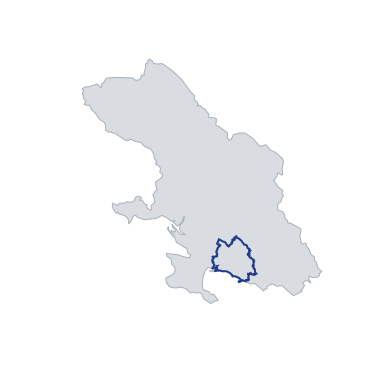 location of Zaporizhzhya within Ukraine, rotated 42°
{"feature_id": "UKR-331", "entity_name": "Zaporizhzhya", "entity_type": "Region", "adm_level": 1, "iso_a3": "UKR", "parent_name": "Ukraine", "parent_adm1": "", "projection": "equal_earth", "projection_center": [35.703, 47.193], "detail": "fine", "context": "in_parent", "style": "outline", "palette": "blue", "viewbox_px": 384, "rotation_deg": 42, "n_neighbors": 0, "source": "natural_earth", "source_scale": "10m", "svg_char_len": 8809}
<svg xmlns="http://www.w3.org/2000/svg" viewBox="0 0 384 384"><g transform="rotate(42 192 192)"><path d="M257.3,248.1L261.3,253.7L264.7,256.6L266.4,256.8L271.2,254.8L274.2,255.4L276.9,253.6L283.9,254.9L281.8,258.5L280.8,262.2L271.8,263.6L268.5,261.4L265.0,261.5L263.0,264.2L259.5,266.0L258.3,268.1L252.0,268.0L247.7,269.9L244.4,274.0L240.8,276.6L238.0,277.4L233.6,276.4L230.1,273.7L233.0,265.7L232.0,261.5L229.3,259.5L225.7,259.4L221.2,255.9L215.9,256.4L214.2,254.7L225.1,247.1L227.5,246.7L234.1,242.7L233.0,239.4L230.1,240.2L226.3,237.6L213.9,239.7L206.5,235.8L203.0,235.3L202.1,234.4L205.8,233.5L206.1,232.0L201.1,231.1L198.4,229.3L212.1,231.1L215.8,228.0L212.0,229.1L208.2,228.4L206.8,227.4L205.2,224.3L205.2,220.0L203.5,216.1L202.2,214.9L204.7,221.2L203.9,227.2L198.1,226.9L198.7,224.4L195.9,227.7L191.4,227.8L185.5,229.4L183.0,235.6L175.2,244.5L168.4,247.4L166.0,246.9L165.0,247.6L164.5,250.4L165.6,251.7L166.5,256.0L166.0,257.9L163.7,255.4L161.0,254.4L157.9,254.7L152.1,257.2L150.2,256.8L150.3,258.1L149.8,258.5L144.5,257.2L142.3,256.0L140.6,253.7L142.3,252.6L145.6,252.2L145.6,248.9L149.8,244.8L150.0,242.9L153.7,240.4L154.8,237.6L153.7,233.5L154.2,231.4L158.1,230.0L158.3,233.2L159.2,232.9L160.1,231.2L165.3,232.7L166.9,231.6L169.1,233.8L173.2,233.2L174.1,232.2L170.7,229.7L171.1,225.6L170.1,223.3L165.0,220.4L164.1,216.8L164.7,213.7L162.1,212.4L158.1,208.9L159.6,202.7L159.4,200.4L158.3,198.6L154.9,198.9L152.6,195.3L148.5,194.6L147.3,195.9L146.7,194.7L145.3,194.8L145.5,193.3L144.6,192.7L141.2,192.3L140.4,191.0L136.8,188.9L132.4,187.6L129.9,188.9L128.8,188.6L126.9,189.9L120.5,189.5L116.5,192.3L111.2,193.5L110.6,195.4L108.6,198.0L96.7,199.8L91.6,201.7L89.9,203.4L86.8,204.0L81.8,199.4L80.3,199.0L75.1,199.9L66.6,198.0L62.2,198.1L57.9,196.0L56.3,197.7L53.2,199.0L53.0,197.2L51.7,195.5L48.6,195.0L47.7,193.4L44.9,192.4L43.6,189.1L41.5,189.1L42.0,185.6L44.8,183.1L49.5,174.9L54.5,175.6L54.7,174.7L52.5,172.8L53.1,170.1L52.2,165.0L53.2,163.5L59.2,157.4L71.1,147.3L75.5,146.6L77.6,144.1L77.8,142.3L76.2,138.8L78.4,137.5L78.3,137.0L76.6,135.6L74.9,131.7L71.9,127.9L72.3,126.1L71.3,123.6L71.5,121.7L74.5,121.1L77.0,122.2L80.0,120.6L84.2,116.4L95.8,115.1L109.7,115.4L123.3,118.4L129.3,118.8L131.7,121.9L136.7,121.9L138.1,122.5L138.1,124.4L140.8,122.0L143.3,122.7L146.2,121.7L152.9,123.1L153.6,124.9L154.9,125.3L157.0,123.1L161.2,121.3L165.0,126.4L168.4,125.3L178.3,124.4L180.7,126.0L181.1,127.6L184.5,128.8L186.0,126.9L184.5,122.0L185.4,120.1L188.3,115.8L192.1,112.7L201.8,111.5L210.7,112.6L213.3,111.3L214.7,108.1L215.9,107.4L221.9,108.5L227.5,106.7L237.0,106.6L240.0,108.5L243.1,114.1L247.6,118.2L247.3,119.5L243.1,120.3L243.0,121.0L244.4,122.8L244.8,126.8L245.6,127.3L244.5,129.0L249.1,129.4L252.7,130.7L258.5,130.1L260.0,133.0L262.5,133.4L262.6,135.4L264.6,140.0L263.8,142.4L264.1,143.9L267.1,147.5L268.4,148.0L272.0,146.1L275.7,146.7L278.9,149.3L282.1,149.3L284.1,150.8L286.4,149.1L297.3,146.6L299.9,149.1L300.3,150.7L302.0,152.9L307.7,156.9L309.4,156.5L309.9,154.7L311.2,154.1L314.4,156.0L317.7,156.2L322.2,158.9L326.4,158.3L328.6,160.7L331.3,161.0L336.6,164.3L341.6,164.2L341.3,167.2L342.5,168.6L342.3,171.1L338.7,175.1L335.4,176.3L336.5,178.2L340.5,179.6L340.8,180.2L337.2,180.5L335.8,182.0L334.9,185.2L338.1,186.2L339.1,190.1L338.4,191.4L340.3,192.1L336.8,201.2L321.4,201.4L318.4,205.1L313.9,206.3L312.5,207.4L311.1,212.6L312.5,213.5L311.2,215.7L311.4,217.6L300.1,217.9L296.7,221.4L291.7,222.3L287.5,225.8L285.6,224.7L283.4,224.8L278.7,227.0L274.4,226.9L271.0,227.8L263.8,233.1L260.4,237.8L257.2,239.2L261.7,235.4L261.9,233.4L260.9,231.8L258.0,235.6L254.4,237.3L254.5,241.8L257.3,248.1ZM208.4,238.1L198.4,235.8L197.5,233.3L199.7,235.5L208.4,238.1Z" fill="#d9dde1" stroke="#a8b0b8" stroke-width="1"/><path d="M272.3,227.2L270.1,228.3L269.6,228.7L268.2,230.1L267.7,230.5L265.7,231.4L265.3,231.7L265.1,231.9L264.5,232.6L264.3,232.8L263.7,233.2L263.4,233.4L261.7,235.9L261.9,235.1L262.5,234.5L262.8,234.1L262.8,233.6L262.3,234.1L261.9,234.1L261.5,233.8L261.4,233.3L261.5,232.7L261.8,231.9L261.7,231.8L261.2,231.7L260.6,231.3L260.4,231.0L260.2,230.6L260.2,230.2L259.8,230.7L259.9,231.1L260.2,231.5L260.4,231.8L260.5,232.1L260.5,232.3L260.5,232.8L260.4,233.0L259.8,233.6L258.7,235.0L258.1,234.9L258.0,234.3L257.9,233.9L257.9,233.6L258.0,233.3L258.0,233.0L257.6,231.5L257.5,231.3L257.4,231.2L256.9,231.2L256.7,231.1L256.4,231.0L256.3,230.9L256.1,230.8L255.7,230.5L254.8,230.6L254.5,230.5L254.5,230.2L254.7,229.9L254.7,229.7L253.8,229.5L253.2,229.6L252.9,229.5L252.8,229.2L252.4,228.6L252.3,228.3L252.3,228.1L252.6,227.7L252.6,227.4L252.4,227.0L252.3,226.8L251.9,226.8L251.6,226.7L251.3,226.5L251.2,226.4L251.0,226.5L250.8,226.4L250.7,226.4L250.7,226.0L250.7,225.9L250.9,225.7L251.6,225.6L251.9,225.3L252.2,225.1L252.3,225.0L252.4,224.7L252.6,224.4L252.7,223.8L252.7,223.7L252.8,223.6L253.5,223.4L253.6,223.2L253.5,222.7L253.3,222.5L253.2,222.4L252.8,222.3L252.6,222.2L252.4,221.4L252.3,221.2L251.4,220.9L250.9,220.6L250.5,220.5L250.4,220.5L250.3,220.3L250.2,219.8L250.1,219.6L249.7,219.5L249.6,219.3L249.5,219.2L249.5,218.4L249.2,217.4L249.1,217.2L248.7,217.1L248.6,216.9L248.6,216.5L248.5,216.1L248.6,215.6L248.4,214.9L248.4,214.7L248.5,214.6L248.7,214.2L248.2,213.8L248.2,213.6L248.2,213.3L248.2,213.2L248.4,213.1L248.7,212.9L248.7,212.7L247.4,212.8L247.2,212.8L247.1,213.2L246.9,213.4L246.8,213.5L246.7,213.6L246.1,213.5L245.9,213.5L245.5,213.7L245.3,213.7L245.2,213.6L245.1,213.2L244.9,212.6L244.1,210.2L243.6,209.2L245.6,208.6L247.7,208.2L250.0,207.2L251.1,207.3L252.5,207.8L254.2,208.1L255.3,208.2L255.6,208.1L255.8,207.8L255.9,207.3L255.9,207.2L255.7,206.9L255.3,206.6L255.6,205.9L255.8,204.9L256.0,204.5L256.2,203.5L256.1,203.4L255.3,203.1L255.2,203.1L255.2,202.6L255.2,202.3L255.3,202.1L255.5,201.7L255.4,201.5L255.3,201.4L254.0,200.8L253.9,200.6L253.9,200.4L253.9,200.1L254.0,200.0L254.1,199.9L254.6,199.5L255.4,199.4L255.5,199.3L255.7,199.1L255.7,198.9L255.7,198.7L254.9,198.4L254.6,198.3L254.5,198.1L254.5,197.8L254.5,197.7L254.4,197.7L254.0,197.7L254.0,197.4L254.3,197.1L254.5,196.5L254.5,196.2L254.4,195.6L254.4,195.3L254.6,195.2L254.8,195.2L254.9,195.3L254.9,195.6L255.0,195.9L255.0,196.1L256.2,196.1L256.6,195.9L257.1,195.5L257.6,195.3L257.9,195.3L258.2,195.3L258.5,195.2L259.1,195.1L259.3,195.1L259.7,195.3L259.9,195.3L261.2,195.1L261.7,195.2L262.8,195.6L265.5,196.0L265.8,196.2L266.0,196.1L266.3,196.0L266.5,196.0L266.8,195.6L267.3,195.4L268.0,195.2L268.4,195.1L268.6,195.2L268.8,195.2L269.3,195.7L269.4,195.8L270.3,196.0L270.5,196.1L270.7,196.4L271.0,196.4L271.9,196.1L272.9,195.9L273.3,196.0L273.3,196.7L273.4,196.9L273.4,197.2L273.5,197.3L273.8,197.3L274.5,197.0L274.7,196.9L274.7,197.1L274.6,197.3L274.3,197.6L274.3,197.8L274.7,197.9L274.8,198.0L274.9,198.5L274.9,198.9L275.1,199.0L275.3,199.1L275.9,199.2L275.8,199.5L275.9,199.8L275.6,200.6L275.4,200.7L275.1,200.6L274.9,200.6L274.9,200.8L275.2,201.0L275.5,201.3L276.5,201.4L276.8,201.0L277.0,200.9L277.3,200.8L277.5,201.5L278.2,201.7L278.4,201.8L278.7,201.9L279.3,201.9L279.6,201.5L279.8,201.4L280.0,201.3L280.4,201.6L280.5,201.6L283.6,201.2L283.6,202.1L283.8,202.4L284.1,202.5L284.8,202.4L284.9,202.5L285.0,202.5L285.0,203.0L285.5,204.0L285.8,204.6L286.0,204.8L286.5,204.9L286.6,205.0L286.2,205.1L286.1,205.3L286.1,205.5L286.6,205.7L286.6,205.8L286.5,206.3L286.6,206.5L286.9,206.5L287.4,206.3L287.9,206.6L288.5,207.3L289.0,207.6L289.6,207.1L289.9,207.2L290.6,207.6L291.2,208.2L292.5,209.2L292.9,209.7L293.0,209.7L293.1,209.8L293.1,209.7L293.4,209.5L294.5,209.6L294.2,210.2L294.2,210.4L294.2,210.7L294.0,211.0L293.9,211.2L293.9,211.4L294.0,211.7L294.0,211.8L293.9,211.9L293.6,212.0L293.4,211.7L293.2,211.5L292.8,211.5L292.6,211.6L292.4,212.1L292.1,212.5L292.1,212.9L292.1,213.0L291.9,213.1L291.3,213.3L291.0,213.3L290.7,213.3L290.5,213.2L290.3,213.1L289.9,213.0L289.8,212.9L289.6,212.9L289.5,213.0L289.4,213.2L289.4,213.4L289.8,214.2L289.9,214.9L289.8,215.0L289.7,215.1L288.6,215.2L288.4,215.3L288.5,215.5L289.0,215.9L289.9,216.3L290.2,216.5L290.6,217.0L290.7,217.3L290.9,217.9L291.1,218.1L291.7,218.6L291.8,218.6L292.0,218.3L292.9,219.0L292.7,219.3L292.5,219.6L292.8,220.1L292.8,220.3L292.4,220.6L292.0,220.4L291.9,220.5L291.2,221.0L291.0,221.3L291.6,222.3L291.4,222.3L291.2,222.4L290.7,222.8L289.9,223.1L289.0,223.9L288.4,223.9L288.6,224.4L288.4,224.9L288.0,225.4L287.9,226.0L287.8,226.6L287.4,227.1L287.0,227.5L286.6,227.4L286.6,227.2L287.1,227.4L287.4,226.8L287.6,226.0L287.6,225.6L287.4,225.5L286.8,224.8L286.6,224.7L286.0,224.5L285.8,224.4L285.5,224.5L285.2,224.5L284.7,224.4L284.4,224.4L284.1,224.8L282.9,224.8L282.2,225.2L281.3,225.4L280.8,225.6L280.3,225.9L279.1,227.0L278.8,227.5L278.7,228.2L278.6,227.8L278.2,227.9L278.1,228.1L278.1,227.9L278.1,227.5L277.9,227.4L277.6,227.0L277.5,226.9L277.2,226.8L276.9,226.8L276.3,226.9L275.0,226.8L272.7,227.2L272.3,227.2Z" fill="none" stroke="#1e3a8a" stroke-width="2"/></g></svg>